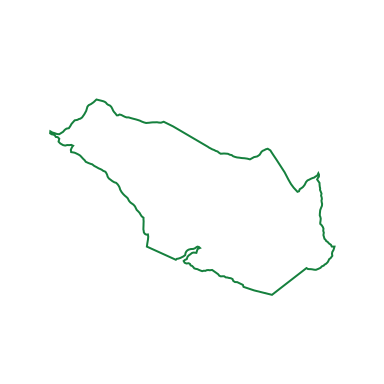 Ipueiras, Ceará, Brazil (Albers equal-area conic projection), rotated 23°
{"feature_id": "56859067B3436475805377", "entity_name": "Ipueiras", "entity_type": "district", "adm_level": 2, "iso_a3": "BRA", "parent_name": "Brazil", "parent_adm1": "Ceará", "projection": "albers", "projection_center": [-40.906, -4.57], "detail": "fine", "context": "isolated", "style": "outline", "palette": "green", "viewbox_px": 384, "rotation_deg": 23, "n_neighbors": 0, "source": "geoboundaries", "source_scale": "gbopen_adm2", "svg_char_len": 4179}
<svg xmlns="http://www.w3.org/2000/svg" viewBox="0 0 384 384"><g transform="rotate(23 192 192)"><path d="M40.2,193.7L42.0,193.3L43.5,193.4L45.1,194.5L46.9,194.0L49.0,194.8L49.5,197.8L51.8,198.8L53.4,199.0L55.0,199.2L57.1,198.8L58.7,197.6L60.7,196.8L62.5,195.8L64.5,195.9L64.1,197.2L64.0,198.8L64.0,200.6L65.2,202.5L66.7,202.1L68.5,201.7L69.9,201.7L71.8,201.8L73.2,201.9L74.9,202.2L76.7,203.0L78.9,204.0L81.0,204.8L82.3,205.7L85.3,205.8L87.9,205.7L89.3,205.5L91.8,206.2L94.3,206.4L96.7,206.7L98.7,206.7L100.3,206.8L101.8,207.2L104.4,207.2L106.0,208.3L107.3,209.5L108.3,210.8L110.1,212.0L112.5,212.6L114.4,213.1L116.7,213.4L118.6,213.2L120.6,214.0L122.0,214.9L123.4,216.0L125.0,217.9L127.1,219.5L129.3,220.7L131.5,221.6L133.5,222.2L135.3,222.9L137.4,224.7L139.4,225.7L141.1,226.1L143.0,226.5L145.1,227.5L146.6,228.8L148.1,230.1L150.2,230.9L152.1,231.8L153.2,232.7L155.3,234.1L157.4,234.6L158.1,236.3L158.9,237.8L159.7,239.9L160.5,241.9L161.3,244.0L161.9,245.5L162.7,246.6L163.4,247.9L164.8,248.9L166.6,249.1L168.0,248.3L169.2,250.3L170.0,252.8L170.6,255.3L171.0,257.0L171.4,258.4L171.8,259.9L203.6,260.7L204.1,259.5L205.5,258.6L207.1,257.2L208.1,256.0L209.2,254.7L210.4,252.7L209.9,250.8L210.0,249.0L210.6,247.5L211.5,246.3L213.2,245.0L215.4,243.9L216.6,242.8L217.5,241.3L218.3,240.2L219.7,239.9L221.2,240.4L219.6,242.0L219.5,243.4L219.8,246.3L218.1,246.8L216.8,247.3L215.7,248.3L214.8,250.0L213.8,251.6L213.2,253.4L213.4,255.8L212.0,257.3L211.3,258.8L212.9,260.0L214.8,260.0L216.7,258.9L218.2,259.0L219.4,260.1L220.9,260.0L222.5,260.6L223.9,261.4L225.3,261.3L227.2,260.9L228.5,261.0L230.5,261.0L232.3,260.9L233.7,259.8L235.2,259.3L236.0,258.3L237.4,257.5L238.9,257.1L241.0,255.9L243.3,256.4L245.7,256.9L248.3,257.5L249.8,258.4L251.5,258.4L252.9,257.7L254.5,257.0L256.5,257.4L257.9,256.9L259.5,256.7L261.4,256.2L263.3,256.3L264.7,257.7L266.7,258.1L268.9,257.3L270.7,257.4L272.6,257.5L275.1,257.6L276.5,259.2L287.7,258.3L305.8,255.4L310.7,246.6L327.1,217.3L328.9,217.6L330.5,217.0L331.8,216.5L333.3,216.1L334.8,215.8L336.5,215.2L338.4,213.3L339.9,211.6L340.6,209.7L342.0,208.3L342.4,207.0L343.4,205.8L344.3,203.7L344.5,201.8L344.5,200.3L345.4,198.8L346.1,195.9L345.0,194.2L344.6,192.4L344.9,190.1L344.7,188.2L344.5,186.6L342.0,187.6L340.5,186.3L338.4,185.9L336.2,184.9L334.7,184.7L333.6,183.8L332.2,183.3L331.2,182.0L329.8,180.3L329.2,177.9L328.0,176.5L327.3,174.3L326.1,173.1L324.5,172.0L322.5,171.2L322.0,170.0L321.6,168.4L320.9,166.2L319.9,164.8L318.8,163.7L318.1,161.8L317.1,158.6L317.0,156.0L317.0,153.9L316.4,152.1L315.3,150.6L314.5,149.2L314.3,147.7L313.4,146.2L312.3,145.0L311.8,142.8L310.4,141.4L309.0,140.0L308.5,138.5L307.6,137.3L306.6,135.5L305.8,133.8L302.3,131.6L302.4,129.9L302.8,128.3L302.1,126.4L301.0,125.4L300.9,127.8L299.6,129.6L298.8,131.0L297.6,132.0L296.4,133.2L295.2,134.7L293.8,136.2L293.1,138.2L293.0,140.0L292.9,141.5L292.2,144.0L291.3,145.6L290.1,147.3L290.2,149.5L289.0,150.6L283.9,148.3L280.0,146.0L275.9,142.9L269.6,137.7L256.9,129.1L252.9,126.5L249.6,124.3L247.9,123.1L244.8,122.6L243.2,123.9L242.2,125.2L241.2,126.2L240.3,127.7L240.0,129.5L239.7,131.3L238.2,133.7L236.7,134.8L235.4,135.7L234.2,137.3L232.6,139.3L229.9,139.7L227.2,140.4L224.6,141.3L222.2,141.9L219.9,142.6L217.7,142.9L215.8,143.0L214.1,142.5L212.4,142.9L210.1,142.8L207.7,143.6L206.1,144.2L204.6,145.0L203.3,145.6L201.2,145.2L199.7,144.7L197.7,144.9L196.0,144.7L194.0,144.8L192.0,144.6L190.5,144.5L189.1,144.2L148.9,139.0L138.5,138.4L136.4,140.3L134.5,141.0L132.8,141.4L131.4,142.0L128.5,143.3L127.0,144.1L125.3,145.1L124.1,145.7L122.8,146.4L120.6,146.7L118.4,146.8L116.0,146.7L113.8,146.9L112.0,147.1L109.4,147.5L107.2,147.8L104.5,148.1L102.6,148.9L100.8,149.0L99.1,148.9L96.9,148.7L95.0,149.0L94.0,150.3L92.8,150.8L90.9,149.7L88.8,148.7L87.6,147.9L86.0,146.4L84.3,145.1L82.7,144.5L80.7,144.5L79.1,144.1L77.9,143.4L76.5,143.1L75.1,143.1L72.9,143.4L67.9,144.2L66.3,147.9L64.6,150.6L63.0,152.4L62.4,154.2L62.9,158.7L62.5,162.6L61.7,166.3L60.6,168.1L59.3,169.1L58.4,170.3L56.0,171.9L54.5,176.4L54.2,179.1L53.7,181.4L51.7,182.7L50.6,184.5L49.8,187.0L47.2,190.7L45.0,191.4L42.6,191.5L40.3,191.8L37.9,191.5L38.5,193.4L40.2,193.7Z" fill="none" stroke="#15803d" stroke-width="2"/></g></svg>